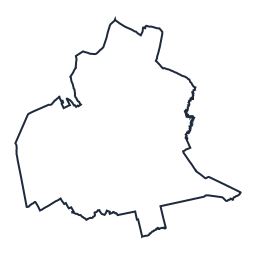 outline of Balint, Timis, Romania
{"feature_id": "2599482B87339498745971", "entity_name": "Balint", "entity_type": "district", "adm_level": 2, "iso_a3": "ROU", "parent_name": "Romania", "parent_adm1": "Timis", "projection": "mercator", "projection_center": [21.883, 45.829], "detail": "fine", "context": "isolated", "style": "outline", "palette": "slate", "viewbox_px": 256, "rotation_deg": 0, "n_neighbors": 0, "source": "geoboundaries", "source_scale": "gbopen_adm2", "svg_char_len": 5746}
<svg xmlns="http://www.w3.org/2000/svg" viewBox="0 0 256 256"><path d="M159.3,229.0L159.8,228.4L160.5,228.4L161.6,227.8L162.0,227.8L162.5,228.0L163.9,227.6L164.2,228.3L164.7,228.5L165.3,228.4L165.8,227.9L163.4,218.5L160.5,206.2L203.6,196.8L204.9,196.2L205.8,195.4L206.3,195.3L208.5,195.4L221.8,197.2L222.7,197.6L223.5,198.3L225.7,200.6L226.2,200.9L227.3,200.9L228.5,199.8L229.5,199.8L230.3,199.2L230.5,198.6L231.1,198.7L232.1,199.5L232.8,199.8L233.1,199.3L233.2,198.4L233.7,197.4L235.0,197.1L235.9,196.2L237.7,195.7L239.5,194.3L239.8,194.0L240.0,192.9L240.6,192.6L240.5,192.3L231.2,187.7L208.8,176.9L207.8,177.2L205.9,178.2L205.2,178.2L200.8,174.6L196.1,171.3L196.1,170.6L195.6,170.5L195.2,169.5L194.6,168.9L191.7,164.4L189.2,161.0L183.6,152.8L183.1,151.3L184.8,150.5L185.9,149.5L187.0,149.2L190.3,147.8L186.6,139.6L187.4,138.7L187.3,138.2L187.1,138.0L186.2,138.6L185.7,138.1L185.7,137.1L186.6,136.3L186.7,135.9L185.7,134.6L186.7,133.5L187.0,132.5L187.7,132.6L188.3,133.2L188.5,133.1L188.3,132.5L189.2,132.4L189.3,132.2L188.6,131.9L188.3,131.5L188.3,131.3L189.0,131.2L189.5,130.7L189.8,130.9L190.2,130.5L190.3,130.2L189.6,128.6L189.8,128.4L190.6,128.5L190.7,127.5L190.4,127.1L189.5,126.7L189.5,126.3L189.9,126.2L190.1,126.6L190.6,126.7L190.9,126.0L191.6,125.7L191.2,125.3L191.1,124.8L191.4,124.6L192.3,124.3L192.3,124.1L191.6,123.6L190.7,123.5L190.6,123.2L191.2,122.9L191.1,121.7L192.0,121.7L191.5,121.0L191.5,120.7L192.6,120.5L192.2,119.1L192.4,119.0L192.8,119.6L193.3,119.5L193.0,118.5L193.9,118.2L194.1,117.9L193.6,117.7L193.2,116.6L192.8,116.2L192.4,116.2L192.7,117.2L192.6,117.5L192.2,117.1L192.2,116.4L191.7,116.1L191.2,116.1L191.2,116.7L190.7,116.9L190.4,117.3L190.4,116.7L189.4,116.3L189.3,116.5L189.4,116.9L188.9,116.8L188.5,117.5L188.6,117.1L188.0,117.1L187.9,116.5L186.7,116.7L186.7,116.4L187.2,116.4L187.2,116.1L188.3,115.8L188.4,115.3L188.0,114.7L187.3,114.5L186.9,114.8L186.8,115.4L186.1,115.3L186.1,114.9L186.6,114.4L186.7,114.0L186.7,113.1L186.3,112.8L185.7,113.4L185.4,112.7L185.8,112.2L185.8,111.8L184.9,111.4L184.7,110.5L185.0,111.0L185.5,110.6L186.2,110.9L186.4,110.8L186.4,110.4L186.0,110.2L186.1,109.8L186.3,109.8L187.3,110.6L187.4,109.9L187.8,109.7L187.9,109.0L187.7,107.2L188.4,106.7L188.6,106.3L188.2,105.3L188.9,105.3L189.4,104.7L189.1,102.8L188.6,102.5L189.2,101.6L189.0,100.9L189.2,100.7L189.9,100.8L190.3,100.7L190.1,100.1L190.7,99.8L190.4,99.4L190.5,98.6L191.0,98.6L191.3,98.1L192.3,99.0L193.0,99.0L193.0,97.8L192.7,97.8L192.3,98.1L192.2,97.5L192.3,97.3L193.0,97.2L193.0,96.5L193.3,95.5L192.8,95.2L192.8,94.2L193.5,93.6L193.3,93.3L192.3,92.7L192.2,92.2L193.2,91.8L193.2,91.2L193.4,90.9L193.5,90.2L195.0,89.8L194.8,89.2L194.9,88.0L195.3,87.8L195.4,87.4L194.5,87.1L193.6,86.6L192.1,84.4L191.3,82.8L190.2,81.9L189.4,79.6L188.6,79.2L188.3,79.2L187.1,77.9L185.0,76.7L181.6,75.6L180.6,74.8L179.4,74.4L176.5,72.8L175.0,72.3L172.0,70.8L171.1,70.6L169.0,69.5L166.8,69.1L164.6,68.1L163.0,68.4L162.6,67.9L161.8,67.4L161.8,67.2L160.0,65.1L156.8,61.7L155.9,61.0L155.8,60.9L156.2,60.1L157.1,58.0L157.1,56.8L158.4,52.5L159.9,46.5L162.3,33.9L162.3,31.8L159.4,28.4L157.3,28.3L152.6,26.9L150.3,26.5L149.6,26.7L146.3,25.8L145.2,26.8L145.4,27.8L145.0,28.3L143.2,27.5L143.0,27.8L142.6,31.5L140.8,35.3L137.9,33.5L135.9,31.6L134.6,31.4L132.1,29.8L125.2,26.8L120.0,23.6L115.3,20.2L115.1,19.3L114.7,20.3L114.1,21.1L110.7,24.1L109.9,25.4L107.7,32.7L106.5,37.9L103.3,47.3L101.1,49.4L100.1,50.0L99.1,51.2L96.6,53.5L95.6,54.0L94.9,54.1L89.9,53.7L87.8,52.8L84.6,52.0L83.0,51.4L75.9,56.0L76.6,59.6L76.3,60.6L76.1,62.5L75.8,66.4L75.9,67.7L75.5,67.7L75.3,68.4L74.4,69.8L73.2,72.4L70.3,76.9L70.7,77.3L71.0,77.9L71.1,79.5L71.7,82.0L72.5,83.5L73.0,85.3L73.5,87.2L73.6,88.3L74.5,89.6L75.1,94.4L74.9,95.4L75.2,96.6L76.0,97.9L76.5,98.3L76.7,99.2L77.2,99.8L77.4,100.6L78.1,101.3L79.2,101.9L79.9,103.6L80.9,104.6L78.5,106.2L77.8,105.6L76.1,106.9L74.9,105.2L74.5,105.2L74.0,105.4L72.0,102.2L69.9,100.1L67.1,98.6L66.8,98.7L66.8,99.0L69.9,105.2L68.7,105.6L63.7,108.1L61.6,103.7L61.8,103.3L63.1,102.7L62.6,100.8L62.4,100.8L62.2,101.2L61.9,101.2L61.5,100.8L61.2,101.2L59.3,97.3L59.5,97.1L59.4,96.7L59.0,96.8L58.5,97.6L56.7,99.0L55.3,100.4L54.7,100.5L53.5,102.2L52.7,102.9L52.0,103.9L51.4,104.5L50.6,104.8L48.6,104.8L47.2,105.4L33.0,111.6L29.0,113.6L28.0,114.3L26.9,116.8L15.4,143.2L16.2,144.6L16.6,146.1L16.5,146.6L16.7,148.0L16.6,149.6L16.4,150.5L16.6,151.4L16.5,151.9L16.6,152.7L16.5,153.7L17.2,157.1L17.7,160.4L20.9,176.3L26.7,206.9L28.5,206.8L29.2,206.2L30.1,205.1L30.9,204.7L31.9,203.9L33.4,203.2L34.5,202.1L35.3,202.0L36.2,203.2L38.4,207.1L40.0,210.5L42.3,209.4L44.7,207.8L48.6,205.7L55.6,201.3L58.1,200.2L60.6,198.5L61.7,200.5L64.2,204.0L65.8,203.0L68.1,207.3L69.0,208.4L71.2,207.3L73.6,211.5L72.2,211.9L72.3,212.6L73.3,212.5L73.7,212.8L74.5,213.1L75.6,213.8L77.2,213.8L78.3,214.7L79.3,215.1L80.4,215.0L80.7,215.1L81.9,216.6L83.1,217.1L83.7,217.9L85.5,218.7L86.2,219.8L86.6,219.8L87.6,219.0L90.3,217.8L91.1,218.0L92.4,217.8L92.7,217.6L93.2,216.7L94.4,216.2L94.7,215.8L95.0,214.8L94.5,212.9L94.6,212.6L94.9,212.4L96.3,212.1L96.9,211.5L97.5,211.2L97.9,210.3L98.8,210.4L99.1,210.1L99.4,210.1L99.7,211.1L100.6,212.4L101.6,213.8L104.5,214.9L105.4,213.8L106.9,210.6L107.8,211.0L108.1,211.3L109.5,211.5L109.8,211.7L109.6,213.1L109.6,213.6L109.8,213.9L111.1,213.3L112.5,212.9L113.1,212.0L113.4,211.9L114.0,212.2L115.3,213.4L116.0,213.1L116.6,213.5L116.9,213.8L117.6,215.1L135.2,211.5L136.9,219.6L138.1,219.4L142.1,236.2L142.1,236.7L142.7,236.4L144.1,236.2L145.5,235.7L146.3,235.8L147.1,235.7L148.9,235.0L149.3,234.4L149.6,233.5L150.4,233.5L152.4,231.4L153.6,231.2L154.0,230.5L155.8,229.9L156.1,229.4L156.2,228.9L156.4,228.7L156.9,228.9L157.3,228.8L157.7,227.9L157.9,227.9L158.3,228.7L158.6,229.0L159.3,229.0Z" fill="none" stroke="#1e293b" stroke-width="2"/></svg>